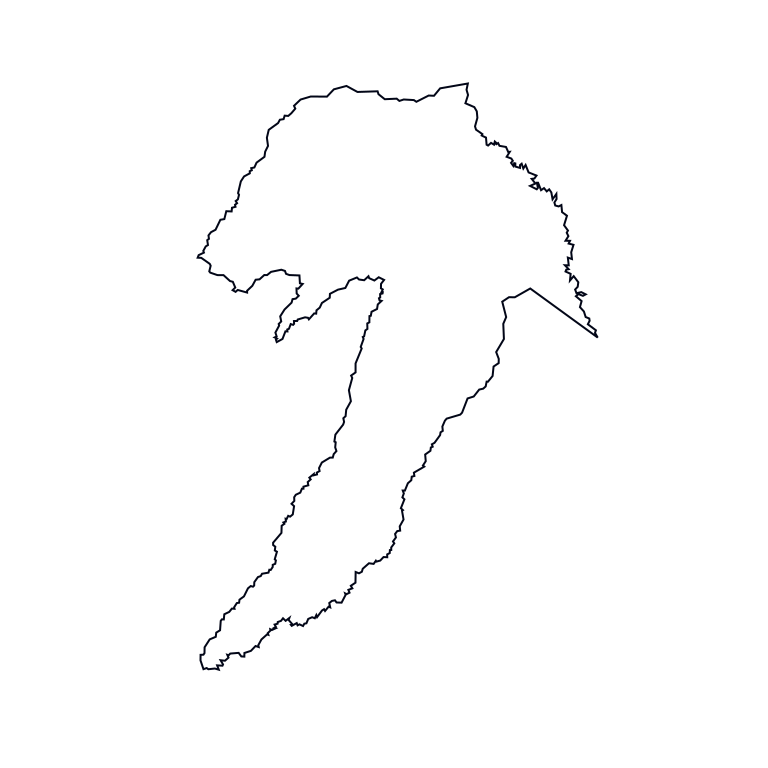 Paranatinga, Mato Grosso, Brazil (Mercator projection), rotated 189°
{"feature_id": "56859067B44525385628721", "entity_name": "Paranatinga", "entity_type": "district", "adm_level": 2, "iso_a3": "BRA", "parent_name": "Brazil", "parent_adm1": "Mato Grosso", "projection": "mercator", "projection_center": [-54.063, -13.341], "detail": "fine", "context": "isolated", "style": "outline", "palette": "ink", "viewbox_px": 768, "rotation_deg": 189, "n_neighbors": 0, "source": "geoboundaries", "source_scale": "gbopen_adm2", "svg_char_len": 6142}
<svg xmlns="http://www.w3.org/2000/svg" viewBox="0 0 768 768"><g transform="rotate(189 384 384)"><path d="M587.8,479.6L584.2,480.0L574.9,475.4L573.7,473.7L574.2,467.9L573.0,466.8L565.6,465.5L559.5,466.4L552.2,461.6L549.3,461.3L546.0,456.0L548.2,453.0L545.0,451.8L543.2,454.0L533.5,452.9L533.8,454.7L529.4,460.4L527.1,466.9L523.3,467.9L519.3,472.9L516.5,473.3L513.1,477.1L503.3,480.8L499.5,480.2L498.0,477.5L494.5,476.8L484.5,478.0L482.8,470.3L480.0,470.1L483.5,464.8L485.4,464.7L484.4,459.7L482.0,457.8L484.5,454.5L487.6,453.5L488.0,449.9L493.9,442.0L497.1,434.6L495.3,429.7L497.4,426.8L496.7,425.3L499.3,417.8L497.5,414.2L499.3,412.9L496.7,412.1L497.7,410.9L496.5,408.6L491.3,412.6L489.6,420.6L487.6,420.8L488.1,422.7L486.5,423.7L485.5,428.6L483.0,428.2L482.2,429.4L482.8,432.1L479.6,432.7L479.3,434.2L472.4,437.5L469.4,437.5L468.3,436.1L464.0,442.8L462.0,442.9L462.2,446.2L459.4,449.4L458.0,454.3L451.1,460.7L451.5,464.6L444.2,470.0L437.2,472.8L434.6,480.6L427.4,485.0L425.0,483.3L419.8,483.4L416.2,488.0L415.2,486.2L409.7,484.7L405.9,488.6L400.2,486.8L402.6,482.5L402.0,478.0L400.0,477.2L401.0,473.8L399.6,474.3L399.6,473.2L401.9,472.2L401.3,468.9L402.4,467.9L401.5,465.9L399.4,465.7L402.6,461.6L402.6,457.0L407.6,453.4L407.7,449.3L409.0,448.8L408.1,442.6L410.0,441.2L409.0,435.8L410.8,434.0L411.1,428.0L412.3,427.1L411.2,425.3L412.8,417.0L411.6,415.6L415.3,399.9L413.9,391.0L417.8,387.2L416.3,385.0L417.7,372.4L414.0,361.8L417.3,352.7L416.9,346.2L418.8,343.8L417.5,340.3L418.0,337.5L424.1,326.4L424.0,319.4L422.6,318.9L422.3,313.8L420.5,310.3L422.7,306.9L423.1,303.3L425.9,302.8L433.1,296.7L435.0,290.8L434.0,287.9L436.5,286.0L436.0,284.2L439.2,282.8L439.3,284.1L443.1,279.8L441.5,278.3L444.0,275.2L442.9,272.1L447.5,270.0L447.2,268.0L448.7,267.8L449.7,263.6L453.8,260.8L455.0,258.1L454.3,254.5L456.6,251.2L453.7,249.3L453.7,240.9L456.0,238.3L458.0,238.8L459.1,235.3L460.1,235.5L459.4,232.8L461.7,231.5L460.5,230.3L462.9,228.0L462.0,220.9L468.7,209.9L468.3,207.6L465.9,206.3L465.8,202.5L463.5,201.6L464.5,193.8L463.2,192.9L463.3,189.4L465.6,188.0L465.3,185.8L466.8,182.6L468.2,182.6L468.6,179.6L474.8,177.5L475.7,175.0L478.3,173.6L481.1,168.0L480.7,164.6L481.7,163.3L484.0,163.6L486.4,160.9L489.1,152.3L493.0,148.4L492.9,145.3L495.1,144.6L497.1,140.0L496.5,138.6L499.1,138.4L501.2,134.7L505.7,131.6L505.4,126.4L507.3,126.2L508.2,124.5L507.4,115.1L510.8,112.2L510.6,108.0L516.2,104.5L520.0,95.9L519.2,90.1L520.0,88.4L522.8,87.8L522.0,82.3L517.7,74.1L514.7,75.7L512.9,74.8L506.6,76.5L502.5,76.0L504.8,80.0L499.5,80.5L499.1,81.8L502.2,85.6L497.8,85.8L494.8,89.4L496.4,92.0L495.0,91.8L493.7,93.7L485.5,95.7L482.3,92.6L479.3,92.9L479.8,96.5L473.7,99.6L469.9,105.1L466.6,104.6L467.3,106.4L465.1,112.5L460.3,118.4L459.0,118.2L459.8,119.8L457.6,122.7L458.0,124.0L456.2,123.5L452.9,125.7L454.4,125.9L452.8,127.2L454.4,129.3L451.6,130.6L451.7,132.3L448.7,133.9L447.1,136.8L444.1,134.7L440.9,138.1L441.3,136.0L436.6,132.1L438.2,131.5L437.3,130.7L432.8,134.2L431.6,132.1L429.9,133.4L426.1,132.3L425.2,134.8L423.2,135.5L422.1,140.1L418.5,142.4L415.7,141.8L414.7,145.2L413.6,143.3L409.8,150.6L408.0,152.2L406.7,150.6L403.9,155.4L402.2,155.0L403.8,159.1L401.5,161.6L398.6,162.7L396.7,160.8L391.7,161.4L388.9,169.8L389.6,171.1L388.1,170.6L385.4,172.5L387.0,175.1L383.3,177.2L385.2,179.5L381.1,183.3L382.6,193.9L379.1,193.1L376.5,195.1L376.1,198.2L370.8,204.6L366.1,204.7L364.4,208.2L363.7,207.4L360.1,209.0L357.4,213.0L353.7,213.4L354.2,216.2L351.9,217.9L352.2,220.9L350.9,221.2L351.3,223.7L348.9,228.2L350.5,229.9L348.2,234.3L349.6,237.6L347.9,240.8L345.1,241.7L346.2,245.9L343.5,253.2L346.4,261.7L345.6,262.4L347.9,263.9L345.8,273.3L348.1,274.9L347.3,279.0L348.8,281.7L346.7,282.0L344.9,289.7L342.0,293.2L342.1,296.8L339.6,297.9L340.6,301.1L331.3,308.7L332.8,309.6L330.7,314.3L332.3,320.8L327.7,325.3L327.8,328.6L326.1,329.7L327.3,331.9L324.9,333.8L320.6,342.3L320.6,345.1L318.6,346.9L319.7,351.1L318.1,357.3L316.7,359.6L303.9,365.7L302.4,367.9L299.2,382.8L293.4,385.7L289.1,393.4L285.3,394.9L283.2,397.5L283.0,402.4L281.7,402.5L278.0,408.9L278.5,418.4L274.0,422.6L274.6,426.8L278.2,433.1L272.6,447.2L275.6,462.1L273.8,469.2L280.1,483.8L274.1,489.3L268.4,490.1L254.5,501.2L180.2,463.3L183.6,467.5L183.1,470.2L192.0,474.9L190.8,478.6L191.5,480.8L195.3,481.7L197.9,486.9L202.5,490.6L201.8,496.8L208.2,500.7L206.0,503.2L201.3,502.2L198.8,504.1L203.5,505.6L208.1,503.8L210.0,507.2L207.9,510.3L208.0,514.9L213.5,520.2L216.5,515.3L216.9,522.0L222.3,523.5L221.9,525.4L219.6,526.3L223.9,529.6L220.1,530.1L222.2,537.6L217.9,536.8L219.7,543.4L218.6,551.1L223.6,551.6L222.7,554.5L227.1,553.9L225.0,558.9L227.2,562.0L226.3,564.3L231.0,569.0L229.6,578.8L235.0,581.6L236.8,588.5L239.3,586.7L242.8,587.1L244.1,589.9L242.5,593.7L243.5,598.7L246.4,592.8L248.7,599.4L251.3,602.1L253.4,599.7L256.6,602.5L259.2,600.0L263.3,606.9L264.4,606.7L262.7,601.7L263.6,600.2L270.7,602.5L265.8,605.7L270.2,609.7L267.6,610.5L266.0,613.7L274.3,615.6L278.4,622.5L280.1,618.6L282.5,623.1L283.9,621.5L283.5,618.7L288.3,619.3L288.8,622.4L289.9,622.5L290.4,619.6L293.1,622.3L291.7,624.6L293.5,626.6L298.4,627.6L296.1,633.0L297.6,632.6L300.6,637.2L307.2,637.3L309.0,639.8L311.2,637.9L310.5,639.5L312.5,640.8L312.8,637.6L316.0,638.9L318.5,635.8L320.1,636.4L321.8,643.3L326.4,644.7L325.9,646.2L332.9,649.6L334.4,652.7L333.4,661.5L335.0,667.8L338.1,671.6L347.5,674.0L346.2,682.6L348.5,687.5L348.2,693.9L374.8,684.8L379.7,676.5L385.0,675.9L396.2,667.8L398.9,669.1L409.0,668.1L413.1,666.0L416.1,667.8L427.8,665.4L434.8,669.4L436.1,672.1L455.9,668.3L467.7,672.5L479.6,667.2L485.3,658.9L501.3,656.5L510.9,651.9L516.4,644.7L514.7,642.1L517.9,636.9L520.5,633.8L524.1,633.5L524.6,629.9L528.2,628.7L529.4,625.2L537.6,617.0L538.2,608.9L535.8,601.0L537.7,594.9L537.6,589.7L544.5,582.7L545.9,577.6L548.9,576.4L548.0,574.4L549.9,573.2L549.5,571.1L554.7,567.1L557.1,561.7L558.0,549.7L556.8,548.2L557.2,543.5L559.1,541.5L557.4,539.6L559.2,537.7L558.4,535.8L561.7,534.3L561.5,530.6L566.8,530.0L567.5,521.9L571.3,520.6L574.5,510.0L578.6,506.9L580.6,503.3L579.6,500.0L581.1,498.4L579.6,493.7L581.6,492.0L583.3,487.2L582.4,485.6L587.2,482.3L587.8,479.6Z" fill="none" stroke="#020617" stroke-width="2"/></g></svg>